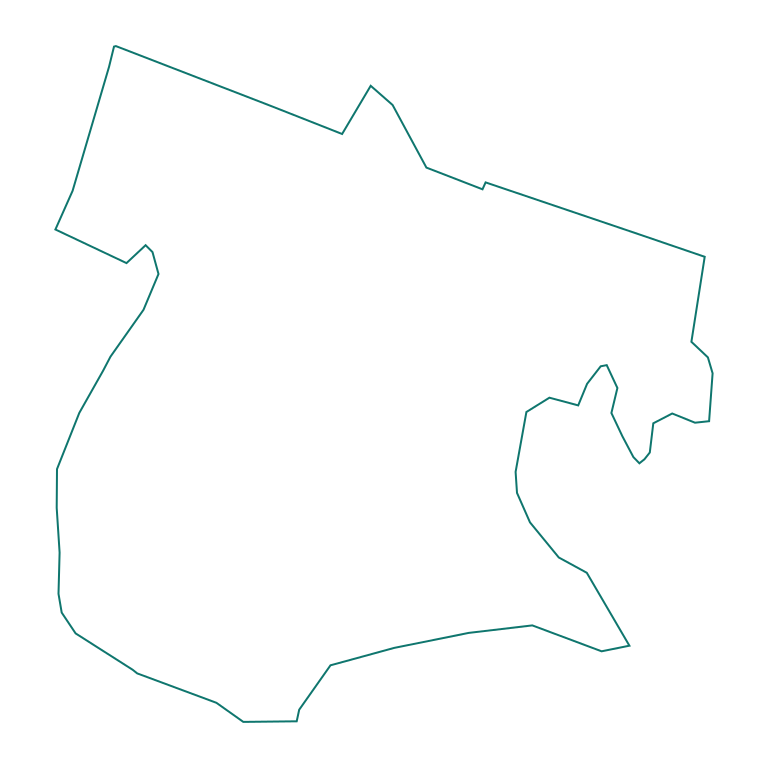 the district of Bronx, New York, United States of America
{"feature_id": "52423323B44038614744637", "entity_name": "Bronx", "entity_type": "district", "adm_level": 2, "iso_a3": "USA", "parent_name": "United States of America", "parent_adm1": "New York", "projection": "mercator", "projection_center": [-73.846, 40.852], "detail": "fine", "context": "isolated", "style": "outline", "palette": "teal", "viewbox_px": 768, "rotation_deg": 0, "n_neighbors": 0, "source": "geoboundaries", "source_scale": "gbopen_adm2", "svg_char_len": 929}
<svg xmlns="http://www.w3.org/2000/svg" viewBox="0 0 768 768"><path d="M629.4,645.7L586.8,572.8L558.8,557.5L530.0,522.4L517.0,492.9L515.6,471.9L526.4,412.0L549.4,397.7L578.2,405.4L587.1,383.8L600.7,366.3L606.7,365.1L617.4,388.0L611.4,413.0L622.4,436.3L633.4,457.1L639.4,463.3L644.5,459.2L649.8,452.5L653.3,423.3L672.2,413.5L695.0,422.7L709.1,421.2L712.6,373.3L707.9,357.4L691.4,341.8L704.7,256.8L640.1,234.7L485.6,182.4L482.5,189.3L470.1,184.5L426.4,167.6L392.6,105.0L370.7,85.8L342.1,134.0L271.0,106.0L115.9,46.1L114.0,46.6L109.0,67.0L108.9,67.3L72.6,190.8L55.4,229.5L126.5,263.1L145.6,245.2L152.5,252.1L158.5,274.0L143.5,309.8L110.5,356.6L103.0,370.9L79.3,412.9L57.0,469.1L56.7,507.9L59.6,552.6L58.5,593.8L61.7,612.6L75.6,633.4L132.7,669.8L137.2,673.4L216.4,702.8L243.3,721.9L296.7,721.3L299.2,709.7L330.5,665.3L394.2,647.9L468.7,632.9L532.3,625.4L601.6,651.3L629.4,645.7Z" fill="none" stroke="#0f766e" stroke-width="2"/></svg>